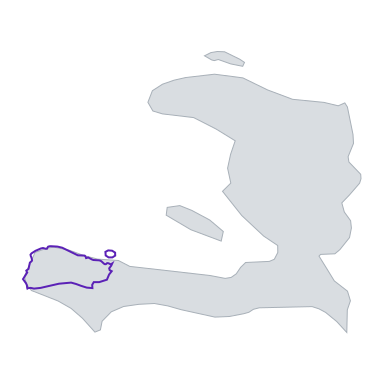 location of Grand'Anse within Haiti
{"feature_id": "HTI-1359", "entity_name": "Grand'Anse", "entity_type": "Department", "adm_level": 1, "iso_a3": "HTI", "parent_name": "Haiti", "parent_adm1": "", "projection": "robinson", "projection_center": [-74.06, 18.515], "detail": "fine", "context": "in_parent", "style": "outline", "palette": "violet", "viewbox_px": 384, "rotation_deg": 0, "n_neighbors": 0, "source": "natural_earth", "source_scale": "10m", "svg_char_len": 2466}
<svg xmlns="http://www.w3.org/2000/svg" viewBox="0 0 384 384"><path d="M344.8,102.9L347.4,107.0L353.0,134.5L353.5,143.4L348.1,156.7L348.9,162.0L360.7,174.3L361.0,178.7L359.6,183.2L349.5,194.9L341.8,202.9L344.3,212.0L350.6,220.7L351.4,228.0L349.5,237.6L339.9,249.6L334.9,253.8L320.6,254.4L319.0,256.1L326.2,267.7L334.3,280.9L347.5,291.2L350.4,300.8L347.3,309.9L346.8,332.5L336.7,321.5L325.6,312.4L318.9,308.8L312.1,306.6L259.3,307.8L253.4,309.3L248.8,312.3L243.8,313.7L229.3,316.5L214.9,317.1L181.2,309.7L167.8,305.9L154.4,303.5L138.9,304.3L123.6,306.5L111.3,311.8L102.1,321.2L100.4,329.9L94.9,332.1L82.5,318.3L71.1,308.4L58.1,301.0L31.4,290.5L26.5,284.1L24.4,276.3L35.1,252.4L47.4,248.0L54.1,247.2L69.3,250.2L84.1,255.6L97.6,259.1L118.4,260.5L129.8,266.4L210.0,275.5L225.2,278.4L231.2,277.4L236.3,273.8L240.6,267.4L245.6,262.5L269.3,261.4L274.3,259.3L277.8,252.5L277.7,245.5L263.7,236.1L241.8,215.6L222.5,191.3L230.8,183.1L227.6,168.2L230.6,154.3L235.2,140.8L216.2,129.1L193.7,117.6L162.5,113.9L152.9,111.0L147.9,102.3L152.4,90.7L162.5,84.2L174.0,80.2L185.9,77.5L214.5,74.2L242.9,77.9L267.5,89.9L292.5,99.3L324.0,102.4L338.2,105.8L344.8,102.9ZM223.3,231.5L221.2,241.1L190.8,229.7L166.2,215.2L167.2,207.4L179.8,205.6L191.8,210.4L209.7,220.0L223.3,231.5ZM239.7,59.2L244.5,62.4L242.7,66.3L230.7,63.9L218.3,59.5L214.3,60.6L211.8,60.0L204.5,55.8L210.9,52.6L217.4,51.5L224.6,51.8L239.7,59.2Z" fill="#d9dde1" stroke="#a8b0b8" stroke-width="1"/><path d="M27.4,288.5L27.2,287.9L26.9,285.3L26.1,283.4L23.0,279.1L27.2,272.5L26.8,271.9L26.3,270.6L28.5,268.9L29.9,262.6L31.6,261.2L32.0,260.5L31.8,258.9L31.3,257.2L30.8,256.1L30.5,254.7L31.5,253.4L35.5,250.8L40.8,248.5L43.0,248.0L45.8,248.8L47.0,248.7L47.5,247.6L48.1,246.7L49.4,246.3L50.8,246.2L57.5,246.6L62.2,247.7L77.8,255.3L84.6,255.6L84.9,255.8L85.6,256.8L85.8,257.0L86.1,258.1L86.7,258.0L87.6,257.6L88.3,257.5L91.8,259.4L93.3,260.0L98.6,260.3L99.9,260.5L101.3,261.2L103.9,263.6L104.6,264.1L105.8,264.2L106.4,263.8L106.8,263.3L107.5,263.1L108.6,263.3L110.1,264.1L111.2,264.1L111.9,263.7L112.2,263.5L111.2,265.7L109.2,268.3L109.7,270.2L111.7,271.2L109.1,274.5L106.9,279.7L103.1,280.9L99.3,282.1L96.6,282.1L93.8,282.1L92.2,284.8L92.4,288.1L86.7,287.6L81.0,285.8L76.1,284.0L71.1,282.6L59.0,283.7L47.1,286.4L40.6,287.9L34.0,288.6L30.7,287.9L27.8,288.2L27.4,288.5ZM105.4,251.9L108.2,250.4L112.1,250.7L115.1,252.6L115.2,255.6L112.4,257.4L108.6,257.4L105.7,255.5L105.4,251.9Z" fill="none" stroke="#5b21b6" stroke-width="2"/></svg>